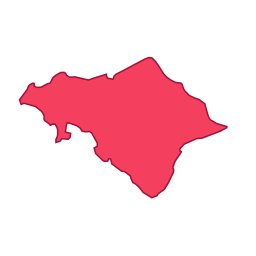 Honolulu, Hawaii, United States of America, rotated 162°
{"feature_id": "52423323B23592629733445", "entity_name": "Honolulu", "entity_type": "district", "adm_level": 2, "iso_a3": "USA", "parent_name": "United States of America", "parent_adm1": "Hawaii", "projection": "mercator", "projection_center": [-157.906, 21.485], "detail": "fine", "context": "isolated", "style": "filled", "palette": "rose", "viewbox_px": 256, "rotation_deg": 162, "n_neighbors": 0, "source": "geoboundaries", "source_scale": "gbopen_adm2", "svg_char_len": 1899}
<svg xmlns="http://www.w3.org/2000/svg" viewBox="0 0 256 256"><g transform="rotate(162 128 128)"><path d="M34.0,97.8L33.5,98.8L36.0,100.5L42.1,104.7L47.1,110.3L47.8,112.6L48.0,115.6L47.5,127.3L51.5,133.0L55.8,136.3L59.7,140.1L62.6,145.9L63.1,148.9L63.0,152.5L63.6,154.2L64.0,154.4L68.9,156.8L72.5,160.4L75.3,164.1L77.5,168.8L78.3,172.1L79.8,178.1L80.7,180.7L81.1,182.4L83.6,187.3L86.5,188.6L91.0,188.3L91.5,188.2L104.2,186.0L110.2,184.9L114.1,184.2L123.1,182.8L125.3,181.6L126.8,179.4L127.2,178.9L132.0,181.8L132.4,183.9L131.9,185.8L144.3,186.0L150.6,185.8L156.7,189.4L157.7,190.1L159.3,191.0L162.4,192.9L168.1,194.5L170.1,197.1L170.5,199.3L171.4,200.6L174.8,201.6L179.8,200.7L183.8,199.1L187.3,195.6L188.3,194.7L190.6,195.0L198.1,193.7L201.8,194.7L202.4,194.9L204.4,196.9L203.5,198.7L203.6,199.6L204.9,200.1L207.8,199.5L209.5,198.7L212.1,195.7L222.5,188.3L222.4,185.1L222.3,183.4L220.5,183.6L219.3,183.7L213.0,179.5L209.7,177.3L208.7,176.1L205.2,170.7L204.6,169.0L204.0,165.6L205.2,162.3L205.1,161.0L202.1,156.9L201.5,155.7L201.3,155.3L201.2,155.1L201.0,154.6L200.8,154.6L200.6,154.5L199.9,154.7L199.3,154.9L198.7,155.0L196.2,154.2L195.4,150.9L195.5,147.8L195.7,147.4L197.0,143.2L198.4,141.1L200.1,139.4L201.0,136.5L196.5,136.5L194.3,138.3L188.4,135.8L186.1,136.9L184.1,140.6L188.8,143.4L186.0,149.3L184.3,151.8L183.6,151.4L181.8,150.5L175.9,145.9L174.1,143.4L173.5,142.6L172.8,139.4L170.2,137.7L165.4,136.4L164.0,134.0L163.0,128.9L161.9,123.3L162.8,120.2L166.5,119.4L166.6,113.6L161.9,104.7L160.8,103.7L157.6,102.7L155.9,104.7L154.1,103.8L154.5,98.9L147.5,89.0L144.4,87.3L140.5,81.4L140.8,79.2L140.2,74.4L138.6,73.1L135.9,68.6L133.4,61.9L127.0,54.4L121.5,54.5L119.9,56.0L112.1,58.6L106.4,63.6L98.3,72.0L97.5,74.0L97.5,76.8L93.5,81.8L85.0,88.5L84.6,89.1L85.5,89.9L85.4,92.0L80.7,94.7L79.8,95.2L66.4,96.7L60.2,95.5L41.0,96.5L34.0,97.8Z" fill="#f43f5e" stroke="#9f1239" stroke-width="1.5"/></g></svg>